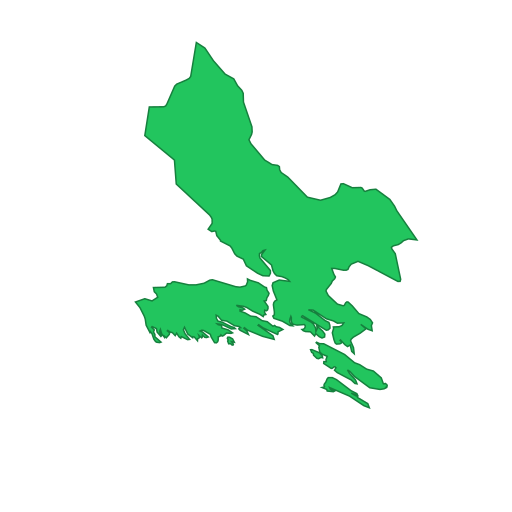 outline of Sør-Trøndelag, rotated 221°
{"feature_id": "NOR-911", "entity_name": "Sør-Trøndelag", "entity_type": "County", "adm_level": 1, "iso_a3": "NOR", "parent_name": "Norway", "parent_adm1": "", "projection": "robinson", "projection_center": [9.786, 63.353], "detail": "fine", "context": "isolated", "style": "filled", "palette": "green", "viewbox_px": 512, "rotation_deg": 221, "n_neighbors": 0, "source": "natural_earth", "source_scale": "10m", "svg_char_len": 6147}
<svg xmlns="http://www.w3.org/2000/svg" viewBox="0 0 512 512"><g transform="rotate(221 256 256)"><path d="M418.9,273.9L434.3,298.5L423.6,308.0L422.6,309.9L423.0,312.4L428.8,330.9L428.6,333.7L424.1,343.0L422.9,346.3L423.1,348.7L441.1,378.0L431.0,379.4L416.2,375.4L398.6,373.0L389.0,375.1L381.6,372.4L375.4,371.7L372.4,370.4L366.4,363.9L343.8,350.8L340.3,347.1L339.1,344.8L337.6,339.1L333.5,337.4L312.3,334.1L303.9,335.5L299.1,338.6L297.0,338.8L294.6,336.5L291.7,335.5L283.7,336.4L255.8,334.1L243.9,340.4L238.4,348.8L236.5,354.1L236.4,357.9L239.2,366.1L237.5,367.9L228.1,370.7L221.8,376.5L220.5,376.9L216.8,376.0L216.0,376.4L213.4,380.8L209.3,385.1L192.1,386.5L184.1,384.5L179.4,382.5L145.1,373.7L152.2,368.9L154.7,364.4L155.1,361.2L156.1,358.0L159.0,353.8L159.5,351.4L158.2,350.5L152.4,349.1L131.5,333.3L130.6,331.4L132.2,329.9L165.0,322.3L175.5,318.9L178.8,312.3L178.7,309.0L177.8,306.2L178.6,304.5L180.6,302.7L188.4,298.3L190.7,296.3L185.1,293.2L182.3,292.3L181.7,290.5L182.0,287.2L181.2,284.6L180.9,277.0L180.3,275.5L175.5,273.6L163.0,273.1L157.6,275.6L157.0,276.6L157.6,279.5L157.3,281.0L156.2,281.7L150.6,281.5L140.6,280.0L132.4,282.7L128.1,283.1L124.2,282.0L123.3,279.2L119.3,275.8L123.5,274.1L132.1,273.1L125.2,273.2L126.8,265.9L129.3,258.6L129.6,255.7L129.0,254.0L122.3,250.8L117.8,246.7L121.2,246.8L126.5,250.6L127.5,247.7L130.7,247.4L137.2,248.1L137.2,247.4L135.0,247.4L134.5,246.3L135.1,244.7L137.5,242.3L139.2,242.3L142.3,244.0L148.0,248.1L149.9,252.2L151.1,253.2L146.8,257.2L145.5,260.0L145.9,263.1L150.5,258.7L155.0,257.8L161.7,254.8L177.3,252.7L181.2,249.8L173.6,251.9L161.3,252.6L157.4,253.7L155.0,252.3L152.8,250.1L153.0,247.7L154.2,246.1L181.7,241.5L181.9,240.3L181.6,239.8L170.9,242.3L168.0,242.3L163.7,240.7L161.2,238.2L162.1,241.4L164.3,243.2L156.8,243.1L152.8,242.2L151.1,239.9L152.4,237.4L155.2,236.6L159.9,236.6L159.3,234.0L165.2,234.5L169.0,231.5L171.3,230.6L173.1,230.7L172.2,231.7L171.9,233.1L172.2,234.5L173.1,235.7L174.5,236.0L179.7,230.8L183.0,228.9L185.1,229.1L186.7,230.1L188.9,232.7L190.1,233.3L188.9,230.3L187.6,228.5L185.6,227.6L182.5,227.4L184.9,225.7L193.3,224.1L201.6,220.7L203.9,221.7L203.6,223.6L205.4,225.8L210.9,230.6L211.9,232.3L212.2,234.3L211.4,236.6L220.0,241.0L224.4,244.3L225.6,247.0L222.7,253.1L214.0,258.9L216.1,259.3L219.6,258.6L223.0,257.4L227.4,254.7L230.5,254.9L233.6,256.1L238.4,259.4L251.5,259.2L252.7,260.7L253.1,266.4L254.3,264.6L254.3,261.8L255.0,260.2L253.7,258.5L251.8,257.1L235.6,254.5L233.8,252.5L233.0,249.5L237.9,245.6L243.6,244.0L256.8,242.3L263.5,245.3L270.3,243.4L273.5,243.7L279.4,246.1L282.2,246.6L292.6,244.0L293.1,244.6L298.9,245.6L302.5,248.2L303.7,247.7L305.4,245.4L309.7,244.8L310.5,251.9L313.4,255.1L315.0,255.8L317.8,256.5L363.4,258.0L380.5,274.9L418.9,273.9ZM247.4,233.1L244.5,233.8L236.6,237.3L229.1,238.2L227.4,239.0L225.2,237.4L221.7,236.4L220.8,234.3L220.4,231.6L219.0,229.1L220.3,227.4L213.9,225.8L212.6,224.4L211.9,222.8L212.2,221.5L213.9,220.8L212.5,219.0L210.2,218.3L211.4,216.7L210.8,215.0L214.9,214.5L222.3,212.2L229.2,211.1L232.5,209.8L238.5,205.9L236.1,206.1L232.0,208.2L229.7,208.4L230.8,206.0L232.8,205.0L231.9,203.9L226.8,205.9L220.6,207.1L216.2,210.2L209.0,211.2L204.4,213.8L197.1,214.1L196.4,215.8L194.5,215.8L191.4,217.5L187.5,218.2L189.6,213.2L188.3,211.6L188.3,210.9L203.5,206.4L208.9,205.9L208.9,205.0L190.9,206.9L187.6,205.0L198.3,199.7L213.7,194.5L217.7,194.3L217.7,193.5L213.7,193.4L210.2,191.8L219.3,189.5L221.2,189.7L221.4,190.9L220.6,191.8L222.4,191.8L226.5,189.3L235.4,187.7L239.8,184.9L245.0,185.7L247.2,185.2L244.9,182.9L242.1,181.9L237.9,183.9L228.6,186.3L225.7,187.6L224.0,187.6L226.7,184.8L237.1,181.8L240.8,179.3L239.5,179.3L236.5,181.0L234.5,179.3L228.5,182.0L223.3,182.6L224.1,181.2L227.7,178.5L228.3,174.6L229.0,173.3L230.8,173.5L230.5,171.8L231.5,170.2L229.4,167.8L228.7,166.2L228.9,164.5L230.4,163.4L236.8,165.5L239.0,166.9L246.6,165.5L248.2,164.5L249.0,162.7L246.6,163.5L238.9,163.6L239.8,162.0L241.3,161.0L244.6,161.2L243.3,159.4L243.3,158.6L247.1,158.6L245.3,157.6L245.2,156.6L245.8,155.3L244.6,153.7L249.4,154.4L250.7,153.7L250.2,152.8L256.2,152.3L263.2,155.3L262.4,152.7L258.6,150.8L251.4,149.5L252.7,148.0L259.5,146.2L258.8,144.6L261.1,144.5L265.3,145.7L264.7,142.9L268.8,143.3L271.2,142.2L273.8,142.0L273.8,141.3L270.7,141.3L270.0,139.9L270.0,135.4L272.5,135.4L271.9,134.6L276.1,135.4L280.0,137.9L279.4,136.2L278.1,135.0L275.0,133.7L275.0,132.9L280.7,133.7L283.5,135.9L288.1,134.6L288.1,133.7L284.3,133.5L283.5,131.4L280.9,130.5L279.3,128.7L271.2,128.7L271.9,127.4L274.3,125.8L275.6,125.5L278.5,126.2L283.5,129.1L286.2,129.6L285.9,128.7L293.5,131.7L298.3,135.8L300.9,137.3L309.7,140.9L316.8,142.2L311.9,150.8L305.0,153.9L303.1,160.4L306.2,162.1L309.3,162.3L312.7,164.9L304.2,172.7L303.8,175.0L304.7,177.0L302.3,179.1L302.1,181.6L300.6,183.1L287.8,190.1L282.3,194.9L277.3,201.4L275.0,207.5L273.3,209.5L251.2,219.5L247.7,221.9L244.4,226.4L244.2,227.6L245.4,231.0L247.4,233.1ZM149.2,229.9L153.7,230.0L153.7,230.7L150.5,231.6L147.3,234.2L124.5,239.8L111.6,240.1L106.5,242.0L98.3,243.2L91.9,246.2L81.5,246.2L76.2,243.2L75.5,243.4L74.9,244.6L73.1,244.8L72.1,244.4L71.6,243.7L71.8,242.3L71.2,242.3L72.2,239.8L74.9,236.6L83.7,231.2L102.5,229.7L109.2,230.5L112.2,230.0L108.4,228.7L99.5,227.7L95.9,225.8L97.7,224.7L102.8,224.9L118.2,221.3L121.8,221.3L122.3,224.1L123.5,224.2L124.3,223.7L124.8,221.2L125.5,220.5L134.4,219.3L135.5,220.8L133.6,222.4L135.2,223.7L136.5,227.0L142.0,225.2L144.9,225.4L148.7,228.3L149.2,229.9ZM86.5,215.8L74.7,217.9L70.9,215.8L76.4,213.8L93.5,211.6L114.2,205.0L112.7,204.3L111.0,204.4L108.0,205.9L108.6,204.3L113.7,200.8L115.1,201.7L119.9,200.1L118.7,201.7L118.7,202.5L119.9,203.0L120.4,204.1L120.6,206.7L121.7,209.9L121.7,211.6L118.6,214.3L114.1,215.5L96.0,216.7L89.6,218.3L87.8,217.5L94.2,215.0L89.1,215.9L87.8,216.7L86.5,215.8ZM150.8,219.8L153.3,221.1L152.4,222.0L144.6,224.6L140.3,224.0L138.9,222.9L140.4,222.1L141.4,219.5L142.9,218.7L147.5,218.9L148.9,220.1L150.8,219.8ZM221.8,174.3L223.7,175.1L224.0,176.3L222.6,177.4L219.3,178.1L215.8,176.7L218.3,175.3L215.2,174.6L214.9,173.7L215.6,173.1L217.8,173.1L219.0,171.8L221.6,173.2L221.8,174.3Z" fill="#22c55e" stroke="#15803d" stroke-width="1.5"/></g></svg>